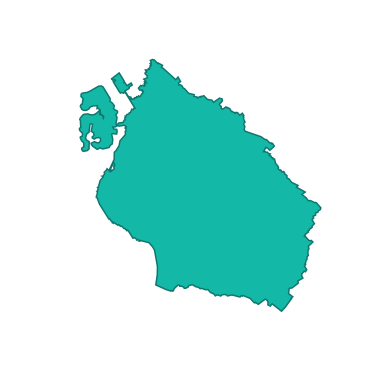 the district of Kota Denpasar, Bali, Indonesia, rotated 135°
{"feature_id": "22746128B89164850776530", "entity_name": "Kota Denpasar", "entity_type": "district", "adm_level": 2, "iso_a3": "IDN", "parent_name": "Indonesia", "parent_adm1": "Bali", "projection": "orthographic", "projection_center": [115.218, -8.672], "detail": "fine", "context": "isolated", "style": "filled", "palette": "teal", "viewbox_px": 384, "rotation_deg": 135, "n_neighbors": 0, "source": "geoboundaries", "source_scale": "gbopen_adm2", "svg_char_len": 6092}
<svg xmlns="http://www.w3.org/2000/svg" viewBox="0 0 384 384"><g transform="rotate(135 192 192)"><path d="M125.4,307.1L125.3,311.9L126.1,313.5L128.4,314.5L128.6,313.8L127.8,313.5L128.8,313.4L129.6,312.1L130.7,312.4L130.6,311.4L132.0,311.0L131.5,310.4L135.0,309.8L135.0,309.0L135.7,309.2L135.9,310.0L136.9,309.5L138.2,309.8L138.0,310.8L138.7,311.3L139.5,309.0L140.8,309.4L141.5,308.9L141.5,306.2L142.7,304.3L146.3,305.9L146.2,303.4L147.6,303.6L147.2,301.8L148.1,302.6L148.3,302.1L149.1,302.3L149.2,301.5L150.3,301.5L150.1,300.7L150.9,300.6L151.6,302.4L152.8,302.9L153.0,303.6L156.4,303.3L157.0,301.2L155.1,299.3L155.8,299.0L155.3,297.7L156.1,297.7L156.8,296.7L157.9,297.0L161.1,296.1L161.9,297.8L163.1,297.4L163.8,298.6L164.6,298.0L166.1,299.3L167.2,298.6L168.6,300.3L169.8,300.5L168.1,302.1L169.5,304.5L168.0,310.9L163.4,309.7L162.6,310.1L162.5,310.8L158.6,309.9L158.0,312.1L162.9,313.3L162.1,316.8L162.8,317.4L161.7,318.0L161.4,319.0L159.3,327.7L169.5,329.0L168.8,328.6L169.0,326.8L167.5,326.6L167.1,325.7L167.3,324.8L169.8,325.4L172.5,314.3L172.7,312.6L171.4,312.1L170.5,310.2L168.7,310.0L173.1,291.5L174.0,292.3L175.5,291.8L176.0,293.1L179.4,291.7L180.4,292.3L181.3,291.8L183.2,292.8L185.2,292.4L185.6,292.8L185.8,291.8L187.1,291.9L188.1,290.4L188.7,290.8L191.7,290.0L195.0,292.6L196.3,292.6L197.2,291.6L198.1,292.4L197.7,293.8L192.3,297.7L191.3,300.5L188.8,300.7L187.8,301.4L187.6,302.7L188.5,304.8L188.5,306.4L185.9,307.9L185.4,311.4L185.8,314.3L183.9,315.7L180.6,329.1L181.1,331.1L183.3,332.9L193.0,335.5L195.9,336.7L199.9,339.6L201.2,339.6L203.0,338.0L202.9,335.2L207.6,331.7L208.4,332.3L210.3,331.7L211.5,328.3L210.9,326.4L209.0,324.4L205.9,323.6L204.6,324.1L203.1,323.8L200.8,322.6L197.9,319.9L200.2,318.2L199.3,317.7L198.9,315.2L201.6,311.7L200.9,308.7L201.2,307.6L202.4,307.1L201.2,308.8L202.4,312.2L199.6,314.4L199.7,315.1L203.2,315.1L206.5,315.9L208.8,317.8L210.4,320.8L213.3,323.3L215.2,323.7L219.0,323.2L220.1,322.6L220.4,321.5L225.1,316.2L226.5,316.6L227.5,315.7L228.0,314.1L227.9,310.9L230.1,309.1L231.8,309.9L232.7,309.4L233.9,306.2L233.8,303.3L236.6,300.5L238.5,301.0L239.6,300.5L240.4,298.5L239.6,297.2L236.7,295.3L234.3,295.3L229.1,300.3L229.9,303.5L228.9,305.7L225.3,307.5L222.5,307.1L216.1,312.1L215.0,311.5L214.5,310.1L220.4,306.2L219.8,303.8L220.7,301.9L221.5,301.3L223.6,301.5L224.3,300.6L223.7,298.5L221.2,297.9L219.6,296.5L218.9,295.3L219.3,294.0L220.1,293.1L222.5,292.5L224.1,293.6L225.4,296.6L228.9,297.8L229.7,296.5L229.8,294.3L228.9,289.3L227.6,288.6L226.2,288.7L224.5,285.4L219.1,282.1L217.0,282.8L214.4,282.4L210.8,285.2L208.0,289.6L207.0,289.5L204.3,286.3L202.3,287.6L200.9,289.5L202.8,291.8L202.1,294.0L200.2,292.2L198.0,291.7L196.8,290.0L193.2,287.4L192.5,286.4L192.4,284.5L194.1,284.6L193.8,283.5L195.8,281.8L196.3,282.1L198.5,279.7L206.7,279.1L210.8,276.3L216.4,275.0L218.9,275.0L223.8,270.2L235.1,266.0L234.1,264.3L233.0,266.0L226.4,268.3L227.8,265.4L229.0,265.7L230.8,263.3L235.4,264.0L235.6,268.5L237.1,268.0L240.2,268.0L241.0,266.6L243.5,266.2L244.3,266.7L244.0,265.7L244.5,265.4L248.8,265.1L254.7,261.7L255.5,262.0L255.5,261.4L257.1,260.1L258.0,259.5L258.7,259.8L258.7,259.2L260.8,257.3L261.9,257.1L263.5,255.8L263.2,255.0L266.0,248.8L269.9,231.6L269.1,231.0L269.7,229.4L269.4,227.1L270.1,226.8L269.8,225.8L269.5,226.3L268.8,225.7L267.9,220.9L267.4,221.1L266.8,220.4L266.9,218.4L266.2,218.1L265.8,216.3L266.0,214.3L265.3,213.5L265.4,210.8L264.8,211.0L264.4,210.2L266.4,201.1L265.0,200.5L264.5,197.5L265.0,196.9L263.8,196.1L263.4,194.9L264.1,194.7L263.6,194.1L263.0,194.5L258.3,186.7L258.6,181.1L259.6,177.4L269.0,163.9L275.0,158.1L283.3,151.9L279.4,141.6L277.0,136.9L276.4,137.1L275.7,135.5L274.5,135.4L273.3,136.3L267.7,136.1L266.9,135.2L267.3,134.0L266.2,133.1L265.1,130.7L265.6,129.6L265.0,128.6L262.0,127.5L261.1,128.0L259.8,127.7L257.2,126.1L256.3,122.2L254.8,120.2L254.6,117.9L253.2,116.8L251.5,113.3L249.7,111.7L250.0,108.0L248.7,104.6L248.9,102.0L246.9,101.5L245.2,98.1L243.3,98.0L241.6,96.6L240.5,95.2L240.4,93.4L236.6,91.0L232.3,83.8L230.2,83.8L230.1,82.8L229.0,82.5L226.1,75.6L226.3,70.0L225.9,69.0L225.1,69.0L224.6,65.7L216.2,64.5L215.7,63.9L215.5,62.1L216.1,60.4L218.1,58.6L217.4,56.0L214.4,56.3L213.0,44.4L207.5,44.6L197.3,46.2L197.5,46.7L194.8,46.7L195.6,51.9L191.4,55.1L189.0,53.4L181.3,52.4L180.1,54.3L174.5,52.7L173.7,55.2L172.4,56.4L168.7,56.7L168.2,55.4L165.8,55.9L164.9,59.9L162.9,60.5L163.2,61.3L161.7,61.5L160.4,62.7L158.3,63.1L156.4,64.9L154.5,64.9L153.5,66.6L151.2,68.7L149.5,69.1L148.0,71.4L141.9,71.1L141.9,73.5L142.9,73.8L143.6,75.3L143.3,80.2L143.9,81.2L142.0,81.6L141.9,82.1L138.1,81.4L137.9,82.3L137.2,82.5L136.6,82.0L134.3,82.8L134.1,82.3L132.1,82.0L131.2,83.0L127.8,83.0L126.9,86.9L126.2,87.8L124.6,87.4L123.5,89.2L121.1,88.2L119.2,89.8L117.5,88.7L115.5,89.3L113.7,88.8L112.1,89.7L111.7,96.7L112.8,97.9L114.4,102.3L115.9,103.6L115.4,107.6L116.1,112.6L112.0,111.9L114.7,121.5L112.4,121.6L114.7,128.4L114.2,133.0L115.0,134.6L113.2,136.6L113.7,139.1L112.8,140.3L112.7,141.7L114.1,142.2L113.7,144.8L114.4,144.8L114.6,146.4L114.5,147.8L113.7,148.0L113.0,149.3L112.6,153.3L110.3,157.0L111.3,158.0L110.6,159.2L111.5,160.1L110.7,161.5L111.6,163.2L109.7,163.6L110.6,165.0L110.6,167.0L111.6,167.8L111.6,168.9L112.8,169.9L108.4,171.3L107.5,169.6L107.5,166.5L103.8,166.2L101.3,166.3L100.7,169.4L101.5,169.6L101.3,170.8L102.3,171.4L102.3,176.2L103.4,178.1L104.1,182.3L111.4,197.2L110.9,199.5L108.4,200.8L107.6,203.3L106.4,204.0L105.1,203.9L103.8,207.3L102.8,207.9L102.3,209.4L101.3,209.3L100.7,212.1L103.9,212.5L103.7,215.9L104.5,217.1L105.4,217.0L105.5,217.8L106.1,217.8L106.6,220.6L107.2,220.9L106.4,224.0L107.1,226.6L107.6,226.6L107.9,228.2L111.5,228.7L112.3,230.6L110.9,231.7L110.9,234.4L109.8,235.0L108.4,234.6L106.0,235.0L104.9,236.6L106.2,238.9L113.4,240.2L113.0,242.9L115.7,246.7L115.5,251.7L118.4,252.9L118.0,253.2L118.9,253.8L121.5,254.5L121.0,255.0L123.0,258.4L121.6,259.2L124.6,264.2L124.2,270.3L124.7,271.8L124.0,274.2L124.4,276.0L125.6,276.7L124.4,278.7L122.0,278.1L120.6,283.1L124.1,282.9L124.9,299.6L125.4,301.8L123.3,302.4L124.7,307.2L125.4,307.1Z" fill="#14b8a6" stroke="#0f766e" stroke-width="1.5"/></g></svg>